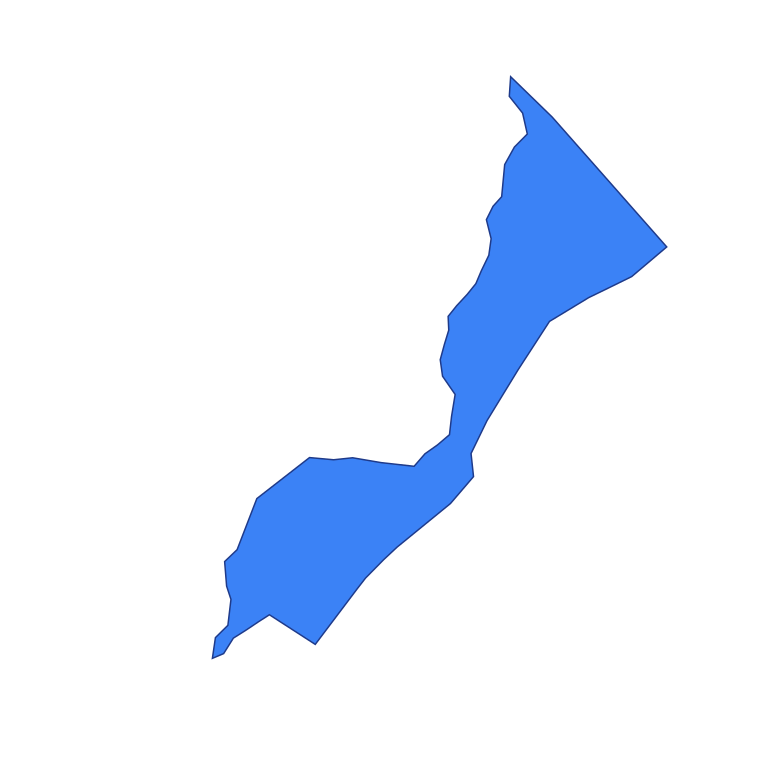 the district of Mathare, Nairobi, Kenya, rotated 321°
{"feature_id": "3690345B9508025131966", "entity_name": "Mathare", "entity_type": "district", "adm_level": 2, "iso_a3": "KEN", "parent_name": "Kenya", "parent_adm1": "Nairobi", "projection": "natural_earth1", "projection_center": [36.859, -1.256], "detail": "fine", "context": "isolated", "style": "filled", "palette": "blue", "viewbox_px": 768, "rotation_deg": 321, "n_neighbors": 0, "source": "geoboundaries", "source_scale": "gbopen_adm2", "svg_char_len": 888}
<svg xmlns="http://www.w3.org/2000/svg" viewBox="0 0 768 768"><g transform="rotate(321 384 384)"><path d="M675.8,224.9L662.4,239.3L662.2,260.7L652.7,279.9L634.5,281.9L615.9,289.4L593.3,312.5L580.6,314.5L567.0,320.7L558.7,338.5L546.5,349.9L530.8,357.3L518.6,363.8L505.1,366.7L489.7,368.9L476.4,371.8L468.2,382.9L455.9,391.2L443.0,400.5L434.4,414.8L432.7,436.9L416.2,451.6L403.0,464.6L387.1,465.0L372.0,464.0L355.6,466.9L332.3,443.3L313.2,421.6L297.2,411.2L279.8,394.3L213.1,393.0L165.6,420.3L148.4,421.7L134.5,442.0L129.5,455.1L110.8,473.3L93.4,475.0L78.0,489.2L89.7,492.6L107.0,486.7L122.4,488.5L136.9,489.8L149.7,491.2L166.7,543.1L234.3,526.3L247.5,523.2L273.3,520.3L291.7,519.0L360.5,518.7L395.3,512.3L407.9,492.8L441.0,477.3L497.3,457.3L552.0,439.5L597.5,445.7L619.1,450.7L644.1,456.4L690.0,455.4L682.7,282.5L675.8,224.9Z" fill="#3b82f6" stroke="#1e3a8a" stroke-width="1.5"/></g></svg>